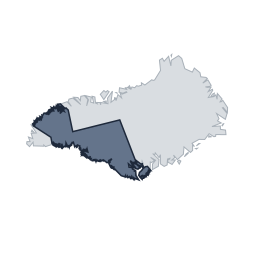 where Kommuneqarfik Sermersooq sits in Greenland, rotated 69°
{"feature_id": "GRL-2739", "entity_name": "Kommuneqarfik Sermersooq", "entity_type": "state/province", "adm_level": 1, "iso_a3": "GRL", "parent_name": "Greenland", "parent_adm1": "", "projection": "orthographic", "projection_center": [-36.556, 66.454], "detail": "fine", "context": "in_parent", "style": "filled", "palette": "slate", "viewbox_px": 256, "rotation_deg": 69, "n_neighbors": 0, "source": "natural_earth", "source_scale": "10m", "svg_char_len": 9494}
<svg xmlns="http://www.w3.org/2000/svg" viewBox="0 0 256 256"><g transform="rotate(69 128 128)"><path d="M144.6,27.7L149.1,29.6L143.0,31.8L143.0,32.6L149.9,30.3L154.8,34.0L146.2,40.1L151.9,39.7L153.4,41.9L156.7,39.2L156.7,49.1L159.2,41.1L162.4,42.2L164.9,37.7L169.3,38.9L165.6,48.4L167.2,49.2L166.9,50.9L162.4,54.3L166.2,60.5L164.1,65.7L165.2,73.7L169.1,72.6L167.2,73.9L172.1,75.7L173.2,78.4L165.7,82.5L172.3,85.7L175.2,93.2L169.6,95.2L172.4,94.9L173.6,98.5L174.8,95.2L177.8,99.9L174.2,103.0L172.0,102.3L172.0,100.2L171.3,99.7L171.1,102.2L176.5,104.7L176.8,108.0L173.1,110.6L164.5,107.3L166.8,109.6L161.0,111.5L163.0,112.8L160.7,114.1L168.6,110.4L174.6,113.4L175.6,120.2L170.4,118.0L168.0,113.8L163.5,117.4L167.8,115.0L168.7,118.2L167.7,119.4L177.2,123.1L176.6,126.4L178.3,125.2L180.9,133.0L178.7,134.1L177.7,130.8L177.9,134.5L176.1,134.8L171.3,129.0L167.2,126.7L163.9,126.7L168.2,129.2L161.1,132.6L162.4,133.8L159.8,137.5L167.2,136.9L164.4,140.5L165.2,140.7L170.0,136.8L179.9,136.9L169.7,151.5L156.2,158.5L151.6,155.6L152.4,159.4L144.9,173.2L140.6,173.3L141.5,175.8L134.0,180.5L133.2,179.5L135.8,174.4L132.8,173.7L134.1,174.8L131.4,176.9L132.4,179.5L125.4,180.5L127.4,182.5L121.8,184.8L124.8,189.8L119.5,191.0L123.0,192.7L123.1,196.2L119.5,201.6L116.5,200.1L118.4,202.3L117.2,204.2L113.1,204.0L116.1,205.6L115.8,211.7L113.7,212.7L114.8,213.1L110.8,222.7L107.2,221.7L110.1,226.6L106.5,228.3L104.5,227.2L105.6,224.3L100.7,224.2L103.8,220.7L98.4,220.3L99.8,215.3L89.7,217.5L91.8,215.9L86.5,209.7L86.7,207.1L89.2,206.0L85.9,206.0L84.0,201.4L87.1,197.1L84.4,198.4L82.3,187.5L87.4,186.8L82.2,185.7L86.8,182.6L88.8,185.1L88.8,182.8L86.8,178.0L86.9,181.6L81.4,185.4L81.6,175.6L87.5,173.1L81.8,174.4L79.9,172.7L80.3,168.8L89.2,163.7L79.8,167.7L81.6,163.8L85.4,162.7L81.5,160.7L82.1,157.1L87.0,155.3L92.5,158.7L87.6,154.8L82.6,156.0L86.0,151.1L90.4,153.6L92.4,151.1L85.5,150.1L87.2,147.8L93.0,149.4L94.4,148.0L92.9,148.1L94.2,145.0L96.6,145.2L94.4,144.3L98.2,138.0L92.8,136.4L88.0,129.3L97.9,134.7L96.1,128.8L98.2,129.4L93.2,125.4L97.6,123.2L93.0,122.9L94.3,121.3L94.3,116.3L93.5,116.5L93.7,120.3L91.3,123.5L87.4,121.5L91.4,115.5L89.1,116.4L90.2,115.2L89.7,114.1L92.9,111.4L91.1,109.6L92.8,107.3L91.6,104.8L92.7,103.3L92.9,100.1L90.6,99.3L93.9,96.8L91.5,88.5L92.6,87.5L92.7,85.9L85.9,77.0L75.9,74.3L75.2,70.9L78.7,70.4L75.6,64.4L85.4,65.7L80.3,63.3L78.6,54.9L82.3,52.9L93.0,53.7L98.9,47.9L95.8,44.6L102.1,41.0L106.3,41.7L108.7,37.1L110.2,36.2L112.9,42.1L111.7,36.2L118.0,35.1L118.5,36.8L117.3,41.0L118.5,39.4L119.6,35.8L122.7,40.0L122.1,35.3L123.2,35.4L128.3,42.1L129.5,36.5L128.5,34.1L133.1,34.5L127.8,32.2L134.5,29.8L136.6,32.7L136.9,31.3L136.1,29.6L144.6,27.7ZM87.4,132.6L92.8,140.4L86.6,141.8L84.4,137.1L86.6,135.8L85.7,133.8L87.4,132.6ZM169.4,132.0L169.9,134.2L167.9,136.3L162.7,136.8L163.3,133.0L169.4,132.0ZM128.5,39.6L126.7,37.1L126.4,34.9L128.9,36.3L128.5,39.6ZM166.2,53.1L165.3,56.0L164.3,55.2L166.2,53.1ZM177.8,90.5L180.1,93.1L176.8,93.7L176.3,91.7L177.8,90.5ZM175.0,85.7L173.0,82.8L172.4,80.6L173.2,80.9L175.0,85.7ZM91.7,111.3L90.1,113.3L89.0,111.5L91.7,111.3ZM159.8,39.1L159.4,39.4L158.1,37.6L158.3,37.1L159.8,39.1ZM96.8,139.2L94.6,141.3L94.9,138.7L96.8,139.2ZM168.2,66.6L169.2,70.6L167.8,67.4L168.2,66.6ZM76.7,61.8L75.4,61.8L75.0,60.8L76.7,61.8ZM92.0,125.2L90.6,126.7L90.6,126.3L92.0,125.2ZM172.2,71.7L171.4,72.3L171.8,70.5L172.2,71.7ZM98.1,217.4L97.0,219.7L95.5,218.4L98.1,217.4ZM96.1,130.2L94.9,129.7L94.9,129.4L95.5,129.0L96.1,130.2ZM136.9,180.0L136.0,181.1L135.9,179.7L136.9,180.0Z" fill="#d9dde1" stroke="#a8b0b8" stroke-width="1"/><path d="M162.3,131.4L163.3,132.7L161.1,132.7L162.6,133.5L161.8,136.2L159.3,137.6L167.7,137.0L161.6,140.4L165.0,141.1L166.3,138.3L168.0,138.5L170.5,136.2L170.9,136.3L170.4,136.7L170.7,137.3L171.5,136.4L175.1,137.7L180.2,136.6L177.3,139.7L178.3,140.3L175.6,141.0L176.8,141.8L176.4,142.9L174.6,142.5L175.7,143.8L173.8,144.1L174.3,145.7L172.7,145.7L173.5,146.5L172.5,147.0L172.8,147.9L171.6,147.5L172.4,148.5L170.1,151.4L161.6,155.0L161.9,155.8L160.8,156.4L161.2,156.8L159.5,155.1L158.9,156.0L159.2,156.6L158.2,156.7L159.1,157.8L156.6,156.8L158.0,158.3L154.3,158.6L153.6,157.4L154.2,157.1L152.8,157.1L151.0,154.1L151.1,155.7L152.6,157.7L151.4,157.3L151.4,157.6L152.7,158.0L152.9,160.0L149.2,162.2L149.7,162.7L148.8,163.4L149.1,164.7L148.1,165.0L148.9,166.1L147.9,166.3L148.4,167.5L147.0,168.3L147.4,168.7L146.9,168.7L146.9,169.8L147.2,170.3L146.7,169.9L146.1,172.0L145.5,170.5L145.2,171.5L145.6,172.3L144.8,173.8L143.8,174.5L143.2,173.4L142.8,174.2L143.5,174.7L142.9,174.9L140.8,173.2L141.8,174.9L141.2,175.3L141.5,175.2L141.7,176.1L141.1,175.3L140.4,176.2L141.2,176.3L139.1,177.8L139.0,176.3L138.3,176.3L136.7,178.4L136.4,176.5L136.1,179.0L134.3,177.5L133.7,178.0L133.9,176.6L136.1,174.1L132.8,173.7L134.3,174.8L133.3,174.9L133.8,175.3L132.9,176.0L133.4,176.4L133.1,177.6L131.5,176.8L132.8,178.6L132.4,180.0L130.5,179.6L131.0,180.6L129.3,180.7L128.4,179.0L128.9,180.5L127.3,179.5L126.7,181.0L125.2,180.9L126.7,181.8L126.1,182.2L126.7,183.3L125.4,183.9L126.0,184.5L121.8,184.1L122.2,185.3L121.6,185.5L123.4,187.9L123.2,189.8L124.1,190.8L119.6,191.2L123.2,192.9L122.1,194.1L123.2,196.2L119.0,195.3L122.3,197.3L120.7,197.7L121.0,198.4L120.2,197.3L121.2,198.7L120.7,198.9L119.7,197.3L120.2,198.7L119.4,197.6L119.0,197.9L119.8,198.5L120.7,199.6L119.6,198.5L119.1,198.4L118.5,197.3L117.8,198.0L119.3,201.1L117.1,199.8L118.9,201.8L116.3,200.9L118.5,202.1L117.9,203.4L116.9,203.0L115.6,203.4L115.8,202.3L114.6,202.8L115.3,203.3L114.6,203.2L114.9,204.4L109.0,203.3L92.1,215.6L89.2,215.5L91.5,215.5L91.2,215.0L92.0,214.3L90.2,214.0L91.7,213.0L89.4,214.2L90.0,213.5L88.6,213.2L89.7,212.8L89.2,212.8L89.4,212.4L89.9,212.5L90.0,212.3L87.1,211.5L90.7,210.9L89.7,210.8L90.3,210.3L87.5,211.1L86.5,209.9L89.4,209.9L87.5,209.6L88.5,208.3L87.3,208.7L89.2,206.7L87.0,208.6L86.6,208.2L87.5,207.2L86.4,207.6L89.1,206.0L88.2,205.7L88.7,204.8L87.7,206.2L85.8,206.1L86.7,205.4L85.8,204.9L87.2,205.5L87.5,204.8L86.0,204.6L87.7,204.0L85.3,203.7L85.8,203.3L84.1,201.1L86.5,198.2L84.6,199.5L85.0,198.3L87.4,197.0L85.4,197.5L84.9,198.3L84.3,198.7L85.7,197.0L84.3,197.3L84.1,195.9L86.4,195.3L84.4,194.8L83.6,194.9L83.0,195.3L83.7,194.5L82.7,195.0L82.7,193.6L85.9,193.6L82.4,192.5L84.4,192.0L83.1,191.9L83.5,190.9L83.9,191.4L85.2,191.4L85.2,191.7L85.5,191.2L83.4,190.8L82.9,192.0L82.4,191.6L81.9,191.5L82.5,190.8L81.8,190.1L82.5,190.0L81.9,189.5L83.2,189.4L84.5,188.6L82.3,189.1L83.0,187.9L82.0,187.3L88.2,187.1L86.3,186.9L87.3,185.5L82.9,186.9L82.2,186.4L83.3,186.5L81.9,185.8L84.9,186.2L85.4,186.0L84.7,185.6L85.5,184.7L87.5,185.3L88.2,184.9L85.8,183.0L87.6,182.5L88.3,184.6L90.1,186.3L88.5,182.6L89.6,181.6L87.4,181.9L87.4,179.8L87.1,178.7L89.8,177.4L111.6,180.9L117.5,132.8L159.9,132.7L162.3,131.4ZM175.4,122.1L174.3,124.6L175.9,122.9L175.6,124.2L175.9,124.9L177.4,123.1L176.2,125.0L176.8,127.4L177.3,125.3L178.2,124.9L178.1,125.5L178.7,125.8L178.3,126.3L179.0,126.4L178.2,127.1L178.8,127.0L179.1,128.0L178.7,127.6L179.2,128.2L177.6,129.0L179.4,128.6L178.7,129.6L179.9,129.4L179.2,130.9L180.0,130.8L179.8,131.4L180.5,131.5L180.1,132.6L181.0,133.2L178.7,134.2L177.6,130.8L177.4,132.1L178.0,134.4L176.0,134.9L173.6,133.2L172.6,130.5L170.8,127.8L169.7,128.6L168.7,127.5L170.9,127.2L170.4,125.6L170.8,123.6L175.4,122.1ZM170.0,133.4L168.4,135.5L167.6,135.2L162.4,137.1L164.7,133.1L166.9,132.2L168.4,130.7L170.0,133.4ZM166.5,127.5L168.9,128.9L165.5,132.5L163.6,132.7L162.7,131.1L166.3,128.8L166.5,127.5ZM86.8,179.9L87.1,182.0L85.0,182.7L85.7,181.4L84.9,181.4L82.5,184.9L80.6,185.1L81.3,182.4L86.8,179.9ZM135.7,179.1L134.9,179.5L135.6,179.8L134.1,180.7L133.2,179.6L134.3,177.9L135.7,179.1ZM125.0,189.7L123.7,189.6L123.4,187.6L122.5,186.0L123.8,186.7L124.2,188.5L123.8,188.8L125.0,189.7ZM120.5,199.8L119.5,200.2L117.9,198.0L118.6,197.8L119.4,199.1L120.5,199.8ZM86.1,183.8L84.3,185.8L83.6,185.7L85.3,183.4L86.1,183.8ZM163.3,134.5L163.1,133.3L164.4,133.0L164.2,133.7L163.3,134.5ZM115.5,203.4L117.4,204.2L115.1,203.9L115.5,203.4ZM84.6,184.0L83.2,184.3L85.1,183.2L84.6,184.0ZM121.4,191.7L123.1,191.8L122.9,192.0L121.6,192.0L121.4,191.7ZM176.6,141.1L177.5,140.7L177.8,141.2L176.6,141.1ZM160.1,156.7L159.7,157.5L159.1,156.9L159.6,156.6L160.1,156.7ZM137.6,177.9L138.0,177.5L138.5,177.5L138.0,178.8L137.6,177.9ZM136.4,179.4L136.7,180.6L135.9,179.8L136.4,179.4ZM167.3,135.8L168.2,135.6L167.4,136.1L167.3,135.8ZM119.9,200.5L119.6,201.1L119.3,200.5L119.9,200.5ZM137.4,178.1L137.3,179.3L136.7,178.7L137.4,178.1ZM127.7,182.7L127.7,183.0L126.6,182.5L127.7,182.7ZM118.6,203.2L119.2,202.0L119.1,202.4L118.6,203.2ZM83.8,195.6L83.3,195.9L83.1,195.3L83.6,195.0L83.8,195.6ZM88.0,212.2L89.1,212.1L89.2,212.5L88.0,212.2ZM84.4,195.0L84.1,195.7L83.9,195.4L84.4,195.0ZM90.7,215.1L89.6,214.9L89.4,214.7L90.7,215.1ZM138.9,178.1L139.6,178.1L138.9,178.5L138.9,178.1ZM80.7,186.2L81.5,185.6L81.5,185.8L80.7,186.2ZM118.9,201.4L119.4,201.2L119.8,201.5L119.5,201.7L118.9,201.4ZM168.7,130.5L169.4,130.6L169.6,131.1L169.3,131.1L168.7,130.5ZM136.0,181.1L136.3,180.6L136.6,180.9L136.6,181.0L136.4,180.9L136.1,181.1L136.0,181.1ZM147.0,169.7L147.5,170.0L147.1,170.0L147.0,169.7ZM82.3,191.7L82.6,192.0L81.8,192.1L82.3,191.7ZM142.0,175.4L142.0,175.0L142.3,174.9L142.0,175.4ZM86.9,209.2L87.5,209.1L87.4,209.4L86.9,209.2ZM121.9,196.9L122.5,196.7L122.6,196.8L121.9,196.9ZM83.7,195.9L83.7,196.5L83.5,196.0L83.7,195.9ZM148.7,167.0L148.7,166.5L149.0,166.4L148.7,167.0ZM117.1,203.4L117.4,203.7L117.6,203.7L117.2,203.9L117.1,203.4ZM87.3,212.8L87.9,212.5L88.3,212.7L87.3,212.8Z" fill="#64748b" stroke="#1e293b" stroke-width="1.5"/></g></svg>